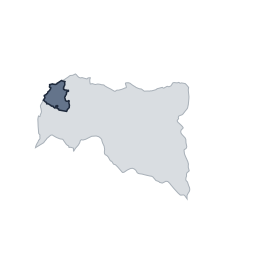 where Nana-Mambéré sits in Central African Republic, rotated 35°
{"feature_id": "CAF-804", "entity_name": "Nana-Mambéré", "entity_type": "Prefecture", "adm_level": 1, "iso_a3": "CAF", "parent_name": "Central African Republic", "parent_adm1": "", "projection": "natural_earth1", "projection_center": [15.312, 5.849], "detail": "fine", "context": "in_parent", "style": "filled", "palette": "slate", "viewbox_px": 256, "rotation_deg": 35, "n_neighbors": 0, "source": "natural_earth", "source_scale": "10m", "svg_char_len": 6224}
<svg xmlns="http://www.w3.org/2000/svg" viewBox="0 0 256 256"><g transform="rotate(35 128 128)"><path d="M170.9,95.4L172.9,96.0L173.2,96.7L172.7,99.0L173.1,100.5L174.2,101.7L175.4,102.2L176.5,102.5L180.3,103.3L181.9,104.2L184.0,106.9L186.7,109.4L187.3,110.7L187.2,111.9L186.5,113.4L186.6,114.0L187.8,115.4L189.2,116.9L191.8,118.6L196.2,121.2L198.2,122.9L198.9,124.2L200.0,125.7L201.6,127.0L202.7,128.0L202.0,130.8L202.2,131.8L202.6,132.6L203.5,133.7L203.9,135.2L204.8,137.0L205.9,137.8L207.7,138.1L208.7,138.9L210.7,140.4L212.6,141.6L213.5,142.5L214.0,143.2L214.4,144.1L214.6,145.0L214.7,146.9L215.0,149.3L216.1,151.0L217.1,152.2L213.1,150.8L212.5,150.8L211.8,151.0L209.8,152.7L209.1,152.9L206.5,152.6L200.2,151.2L195.4,149.9L193.9,149.4L191.3,149.0L189.6,149.9L188.0,152.9L187.6,153.5L185.1,154.4L183.9,154.2L181.0,155.0L176.5,153.8L174.9,154.0L173.6,154.7L170.4,156.0L168.4,156.8L166.1,157.6L164.0,158.7L162.5,159.3L161.1,159.3L159.8,158.6L158.4,158.1L156.7,158.0L155.0,158.3L153.5,159.5L152.9,160.4L151.6,162.7L150.1,166.5L149.5,167.2L148.9,167.6L141.9,165.8L138.9,165.3L136.8,165.9L134.3,164.8L133.1,164.7L132.6,165.0L131.2,164.5L128.8,163.2L126.6,162.7L124.6,162.9L123.4,162.4L122.4,161.2L121.1,158.9L118.9,156.6L115.8,154.8L113.9,153.4L113.1,152.5L111.4,152.0L108.9,151.9L106.5,152.8L103.0,155.6L99.8,161.5L98.0,163.7L96.5,164.3L96.2,165.7L96.9,167.9L97.1,170.5L96.6,174.9L96.8,178.0L96.0,177.5L95.2,176.1L94.9,175.8L92.8,176.4L91.6,177.0L91.1,177.6L90.6,177.7L89.9,176.9L89.4,176.7L88.5,176.9L87.7,176.9L87.1,176.8L86.8,176.8L85.8,176.4L82.1,175.1L81.4,174.7L80.7,174.8L78.8,175.8L77.8,176.1L74.7,176.8L71.5,177.1L70.2,177.1L69.4,177.6L68.8,178.3L67.8,182.3L67.5,183.0L67.6,184.0L67.3,187.3L67.4,188.3L63.5,197.2L62.9,195.7L62.5,194.0L62.3,192.0L62.4,191.5L62.2,190.9L61.8,189.2L62.1,188.2L61.9,187.1L61.1,186.0L60.4,185.2L60.0,184.4L59.7,184.1L59.0,184.0L57.9,183.6L53.6,178.4L49.1,172.5L48.2,170.6L47.8,169.5L48.9,169.4L49.2,169.2L49.2,168.7L48.5,167.2L48.2,165.3L47.6,164.1L45.9,162.3L44.2,160.9L43.6,160.2L43.3,159.2L42.7,152.9L42.4,151.1L41.9,150.3L41.5,149.9L41.3,149.5L41.4,148.4L41.6,147.3L41.6,147.0L42.1,146.1L42.1,140.2L41.5,139.4L40.5,139.4L40.0,138.5L39.5,137.5L39.7,136.7L40.7,135.5L41.3,135.0L43.2,134.1L43.8,133.6L44.1,133.1L44.3,132.3L45.4,129.3L47.1,126.2L47.8,125.6L49.5,121.2L49.9,120.1L50.2,118.9L50.7,118.0L52.5,116.5L53.9,113.9L55.4,114.0L56.9,114.5L58.9,114.7L60.4,114.2L61.4,113.1L66.2,111.4L66.5,110.0L67.3,109.2L68.1,108.6L68.4,108.5L68.5,109.0L69.0,110.4L70.1,111.9L71.7,113.5L72.2,113.4L73.2,112.2L75.6,111.4L76.3,111.1L78.0,109.3L80.1,108.2L81.4,107.8L83.5,106.6L85.0,106.8L87.5,106.6L91.6,106.0L94.5,105.8L96.0,105.6L96.4,105.4L97.0,103.7L97.4,103.2L98.5,102.5L100.7,99.9L102.1,97.8L102.5,97.0L102.8,96.8L103.4,95.9L102.8,95.0L100.4,93.1L100.4,92.8L100.3,92.5L100.4,92.2L101.3,91.5L102.6,90.6L103.9,90.2L107.4,90.3L110.4,90.1L111.1,90.2L113.4,89.7L114.9,89.3L116.6,88.4L120.2,88.5L123.3,86.1L124.2,85.7L124.6,85.3L124.7,85.0L126.1,84.0L127.7,82.1L129.0,80.4L129.3,79.2L132.8,75.0L134.0,75.1L134.6,74.6L135.9,71.8L136.3,71.3L137.8,70.8L138.4,70.0L139.0,68.8L139.0,67.3L138.8,66.1L138.8,65.5L139.1,65.0L139.6,64.4L142.3,62.9L142.9,62.2L143.3,61.6L144.1,61.4L144.9,61.5L145.4,61.1L145.9,60.4L147.8,59.5L149.4,58.8L151.2,59.1L154.4,60.0L155.4,62.0L155.9,62.7L159.9,67.3L160.7,68.5L162.6,71.8L163.9,74.1L165.3,77.4L165.4,79.2L165.2,80.7L165.0,85.1L164.6,86.3L162.9,88.7L162.8,89.7L163.2,90.6L163.7,90.9L164.1,91.4L163.9,93.4L164.5,94.2L165.8,94.7L169.1,95.1L170.9,95.4Z" fill="#d9dde1" stroke="#a8b0b8" stroke-width="1"/><path d="M41.5,135.1L43.5,134.0L43.7,133.8L44.2,133.0L44.4,132.7L44.4,132.4L44.3,132.0L44.3,131.8L44.7,131.3L46.3,127.2L46.5,127.2L46.8,127.2L47.2,127.2L47.3,127.2L48.4,126.6L49.7,126.1L49.8,126.1L49.9,126.4L49.9,126.5L49.9,126.9L49.9,127.1L50.0,127.2L50.8,128.0L51.2,128.5L51.4,128.9L51.5,129.2L51.6,129.4L51.7,130.2L51.7,130.6L51.8,130.9L51.8,131.1L51.8,131.3L51.9,131.5L52.1,131.6L52.1,131.8L52.1,132.0L52.5,132.6L52.8,133.0L53.1,133.3L53.4,133.2L53.6,133.0L53.9,132.9L54.3,133.1L54.7,133.1L54.9,132.9L55.1,132.7L56.0,132.2L56.9,131.9L57.1,131.8L57.4,131.6L57.5,131.5L57.6,131.4L57.7,131.5L57.9,131.7L58.1,132.0L57.9,132.5L57.2,133.3L57.0,133.5L57.0,133.9L57.2,134.2L57.7,134.8L57.9,135.2L58.1,135.6L58.2,136.0L58.2,137.4L58.3,137.7L58.4,138.1L58.5,138.2L58.4,138.8L58.5,139.1L58.6,139.3L59.2,139.8L59.3,139.9L59.6,140.1L60.0,140.3L60.3,140.6L60.8,141.1L61.0,141.3L61.3,141.3L61.6,141.3L61.9,141.4L62.1,141.4L62.4,141.3L62.7,141.1L62.9,140.9L63.1,140.7L63.3,140.5L63.6,139.7L63.8,139.5L64.0,139.5L64.4,139.7L64.5,140.0L64.6,140.3L64.7,140.6L64.9,140.9L65.3,141.5L66.3,142.3L67.0,143.0L67.2,143.3L67.5,144.0L67.8,144.4L68.1,144.9L68.1,145.7L67.8,147.4L67.8,147.8L67.8,148.1L68.0,148.5L68.2,149.6L61.8,152.6L61.4,152.8L61.0,152.8L60.8,152.8L60.6,152.7L60.4,152.5L60.3,152.2L60.2,152.2L59.9,152.2L59.5,152.4L58.7,152.7L58.4,152.6L58.1,152.1L58.0,151.9L58.1,151.7L58.1,151.4L58.0,151.2L57.9,150.9L57.8,150.7L57.9,150.3L57.8,150.2L57.6,150.2L57.2,150.2L57.0,150.3L57.0,150.5L56.9,150.6L56.5,151.1L56.5,151.3L56.4,151.4L56.5,151.5L56.6,151.8L56.8,153.6L56.7,153.6L55.7,153.6L55.4,153.6L55.2,153.5L54.9,153.6L54.4,153.2L54.2,153.1L53.9,153.2L53.1,153.8L52.9,153.9L52.5,154.0L52.4,153.9L52.0,153.7L51.8,153.7L51.7,153.8L49.2,153.9L48.9,154.0L48.5,154.1L47.9,154.6L47.7,154.8L47.4,154.8L47.3,154.6L46.8,153.9L46.7,153.9L46.4,153.8L46.2,153.8L45.8,154.0L45.5,154.0L45.2,154.0L44.0,153.8L42.9,153.7L42.7,153.7L42.8,153.1L42.7,152.5L42.7,151.7L42.7,151.3L42.6,151.0L42.4,150.6L42.2,150.4L41.9,150.2L41.3,150.0L41.0,149.8L40.8,149.5L40.8,149.3L41.0,149.1L41.1,148.8L41.2,148.6L41.2,148.4L41.3,148.3L41.5,148.0L41.6,147.8L41.6,147.7L41.8,147.6L41.8,147.4L41.8,146.9L41.8,146.7L42.0,146.2L42.1,145.6L42.1,145.4L42.0,145.1L41.8,144.8L41.7,144.6L41.7,144.3L41.8,144.0L42.0,143.3L42.2,142.5L42.3,142.2L42.2,141.9L42.1,140.2L41.9,139.9L41.8,139.6L41.6,139.3L41.1,139.5L40.9,139.6L40.5,139.5L40.2,139.5L40.0,139.3L39.9,139.1L39.9,138.8L39.8,138.5L39.6,138.3L39.4,138.1L39.2,137.9L39.0,137.6L38.9,137.4L39.0,137.3L39.1,137.2L39.3,137.3L39.5,137.1L39.6,136.9L39.6,136.7L40.0,136.1L40.6,135.6L40.8,135.3L41.0,135.1L41.5,135.1Z" fill="#64748b" stroke="#1e293b" stroke-width="1.5"/></g></svg>